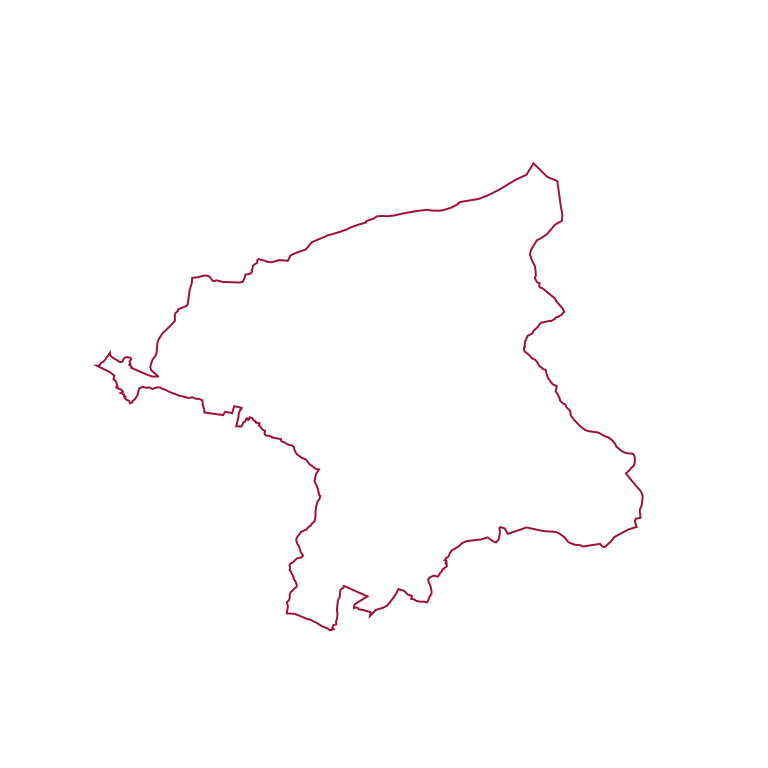 the district of Galatii Bistritei, Bistrita-Nasaud, Romania, rotated 195°
{"feature_id": "2599482B9009826126309", "entity_name": "Galatii Bistritei", "entity_type": "district", "adm_level": 2, "iso_a3": "ROU", "parent_name": "Romania", "parent_adm1": "Bistrita-Nasaud", "projection": "natural_earth1", "projection_center": [24.427, 46.984], "detail": "fine", "context": "isolated", "style": "outline", "palette": "rose", "viewbox_px": 768, "rotation_deg": 195, "n_neighbors": 0, "source": "geoboundaries", "source_scale": "gbopen_adm2", "svg_char_len": 6166}
<svg xmlns="http://www.w3.org/2000/svg" viewBox="0 0 768 768"><g transform="rotate(195 384 384)"><path d="M296.7,635.8L300.6,622.9L309.8,615.3L323.1,601.4L332.6,593.1L340.4,587.3L357.6,579.5L359.4,577.3L359.5,576.5L365.3,571.3L372.3,567.0L376.1,565.5L383.5,563.7L387.0,563.6L397.1,559.6L410.3,553.4L418.2,549.2L424.2,546.9L429.1,545.9L434.1,544.2L437.3,540.6L439.2,539.6L443.5,536.5L443.1,535.4L450.6,530.9L456.5,526.8L460.1,523.6L467.1,518.8L476.1,513.4L477.2,513.0L478.1,511.9L490.6,502.1L494.3,493.7L501.7,488.8L507.6,484.0L508.7,478.2L517.4,476.5L524.1,472.5L528.4,471.8L531.4,472.3L537.5,472.2L538.5,470.5L537.8,468.3L540.2,465.8L541.1,464.1L540.9,461.2L541.3,459.3L540.5,458.2L541.6,456.0L546.2,453.8L546.1,450.7L546.8,446.3L549.8,444.6L566.1,440.9L572.8,440.7L574.3,439.5L576.5,439.4L578.7,441.4L580.8,442.7L583.0,442.9L586.2,442.0L590.5,439.4L596.8,436.8L595.8,432.0L596.0,424.3L594.2,410.0L595.1,408.2L601.9,403.1L602.0,401.1L603.8,398.5L604.0,396.9L602.3,390.8L605.4,384.9L611.1,375.6L613.3,368.6L613.5,365.2L611.7,355.1L612.1,351.9L613.8,347.8L614.2,344.0L614.2,340.0L612.6,337.1L603.5,332.7L605.7,332.6L607.3,331.7L610.2,331.3L615.1,331.6L632.2,334.2L631.9,334.9L635.0,336.8L634.1,337.8L635.2,339.0L635.6,340.0L634.5,342.7L636.0,343.8L639.1,343.4L640.9,342.5L641.7,341.7L642.0,340.8L642.5,337.9L644.1,336.9L645.1,336.8L647.2,337.7L653.1,339.2L655.1,340.3L656.3,341.6L656.8,343.3L657.5,341.5L657.9,339.8L658.8,338.0L659.4,335.7L661.0,332.9L663.2,330.4L663.2,329.1L664.4,328.1L666.4,327.4L652.2,324.6L646.6,322.3L646.5,318.5L644.5,317.9L643.1,316.5L640.7,312.5L641.8,312.2L641.7,311.3L639.7,310.7L637.1,310.7L634.3,309.3L634.3,308.2L635.9,307.1L632.1,306.6L632.0,304.6L630.4,304.7L630.2,302.8L628.7,302.1L626.0,301.8L624.1,299.7L622.3,301.2L622.4,302.7L620.9,304.3L619.2,309.6L619.4,312.3L619.2,316.4L616.6,318.7L611.5,319.0L610.5,319.8L608.7,320.0L607.2,319.2L606.3,319.4L602.1,322.1L599.4,322.7L597.7,322.1L593.5,321.8L588.5,320.7L579.4,319.8L569.0,319.9L565.8,321.5L561.6,321.1L558.5,321.8L555.2,321.2L553.3,316.2L550.9,312.7L550.3,310.0L531.3,312.3L530.2,316.2L523.2,316.4L522.9,323.8L515.3,324.1L515.3,322.5L516.2,321.7L516.7,318.6L516.0,314.2L515.8,305.0L510.6,306.0L509.8,310.7L508.4,311.9L508.1,314.7L507.5,315.4L505.9,314.1L505.3,314.7L505.2,317.0L502.2,316.9L500.3,314.9L498.9,314.9L498.2,314.5L497.7,313.5L494.1,313.9L494.1,311.4L492.4,311.0L490.5,309.1L489.2,308.4L486.8,307.9L486.5,307.0L486.8,306.1L486.4,304.9L484.9,303.7L481.4,304.2L478.8,304.0L478.6,303.3L469.2,304.1L468.6,302.5L467.5,301.9L464.6,301.9L463.3,301.2L461.1,300.7L456.9,300.8L454.8,299.9L453.7,297.5L451.9,295.3L449.6,293.4L444.0,291.3L439.8,290.9L435.4,287.3L432.5,286.4L429.3,284.8L427.4,284.4L424.7,284.6L426.4,279.4L426.0,272.4L420.8,265.7L417.8,259.9L416.4,259.2L416.7,258.1L416.4,256.4L417.8,253.3L417.8,247.8L417.0,242.3L416.2,239.8L415.6,235.7L415.6,233.3L417.3,230.9L418.2,228.2L419.6,226.8L421.2,223.5L426.0,219.6L426.2,218.6L428.2,213.8L428.6,211.8L428.1,209.8L426.3,207.1L424.3,205.4L420.9,200.1L417.8,197.2L418.8,195.2L422.8,193.1L425.1,189.6L425.2,188.9L428.1,186.1L428.3,184.1L427.3,182.9L426.9,181.2L427.0,179.9L425.2,178.6L424.9,177.8L421.1,173.7L420.7,172.3L418.3,170.2L416.4,167.6L415.9,166.3L416.2,165.0L417.7,163.3L418.6,161.3L420.1,159.3L420.6,156.7L419.7,152.7L419.8,150.8L420.3,149.6L421.3,148.3L419.2,143.9L418.6,137.2L410.8,138.9L396.3,137.0L395.4,137.5L386.9,135.8L381.2,133.9L375.4,133.3L372.5,132.2L369.1,134.1L370.7,135.1L370.7,137.4L370.4,138.1L368.0,139.4L368.0,140.1L368.9,142.3L368.6,144.9L369.1,148.3L369.6,150.3L371.0,153.7L372.5,162.9L371.7,167.0L372.8,173.3L372.3,174.7L370.7,176.6L370.5,177.3L370.7,178.3L370.1,178.5L345.0,174.6L355.2,163.7L355.4,162.6L355.3,160.9L354.9,159.7L353.0,160.9L351.2,160.9L350.6,160.1L349.2,159.7L346.9,160.3L337.8,160.1L337.5,156.4L333.6,163.5L326.6,167.9L323.4,171.0L319.9,179.2L318.1,184.3L317.0,189.7L312.4,189.5L310.3,189.1L306.3,186.7L303.0,186.7L302.0,186.4L301.9,185.0L302.3,183.6L298.6,183.6L296.8,182.8L291.5,183.3L288.9,184.2L286.0,184.1L285.4,186.1L284.8,190.5L283.8,193.7L284.4,196.0L286.5,200.3L290.0,204.9L290.7,206.5L290.0,208.6L287.2,211.2L285.7,211.9L283.7,211.7L281.9,212.1L281.2,215.1L279.5,218.6L279.4,220.3L278.9,220.9L278.2,221.0L277.9,222.0L276.4,223.8L276.3,225.1L276.9,225.5L277.1,226.6L277.0,227.1L277.5,227.4L278.1,227.0L278.3,227.5L277.7,229.1L278.6,229.7L279.8,229.6L279.0,232.2L277.6,233.1L277.1,234.0L276.5,238.0L275.4,240.8L269.9,246.4L267.3,250.5L263.4,253.7L250.2,258.9L244.2,262.6L238.0,260.3L234.9,259.9L233.1,263.3L233.3,269.2L234.3,272.6L235.2,274.8L235.0,275.4L234.2,276.0L230.0,275.7L225.6,271.3L209.2,282.3L191.7,283.2L179.7,285.6L175.7,284.9L169.9,282.6L165.0,278.9L158.2,278.1L152.4,279.1L150.1,278.4L133.9,285.5L131.1,283.6L128.7,283.6L124.3,290.2L121.9,295.8L110.2,306.8L102.9,311.4L106.2,316.3L105.9,319.1L101.6,321.2L102.4,322.9L102.6,324.5L103.5,325.7L104.1,327.5L104.3,329.2L103.7,333.3L105.0,342.2L106.2,344.5L108.6,347.2L119.6,354.6L127.2,360.3L124.5,364.4L123.3,367.4L121.4,369.6L121.6,373.6L122.6,377.4L123.3,379.1L125.6,381.1L130.8,380.1L133.9,380.1L136.9,380.7L143.4,383.7L145.1,385.9L149.3,388.8L153.7,390.6L156.8,390.6L164.5,392.6L174.0,391.4L177.5,391.5L183.0,393.7L190.4,398.1L194.0,400.8L195.6,402.3L197.0,405.9L198.3,406.9L201.8,408.8L203.5,411.1L206.5,411.7L209.7,413.6L210.3,415.1L213.3,418.7L216.3,421.4L216.5,426.5L218.2,427.1L220.9,427.3L227.0,432.0L229.9,436.3L231.4,439.5L234.3,439.6L235.4,440.4L238.6,441.5L240.9,444.0L243.9,446.4L247.7,447.2L250.7,449.3L256.8,452.0L257.6,453.4L258.2,455.7L257.4,456.5L258.1,457.5L258.7,460.8L258.3,464.6L257.9,465.7L257.8,467.7L254.4,470.6L253.6,471.9L253.5,473.6L250.4,478.7L248.8,482.9L248.1,484.1L246.9,484.4L241.6,487.2L238.9,488.1L235.9,491.0L235.5,492.3L234.4,493.3L233.3,493.8L231.6,495.8L230.4,496.6L229.9,498.2L228.5,500.2L231.2,503.3L238.7,508.3L241.2,511.0L255.8,517.5L258.8,517.8L259.5,519.0L259.8,521.7L262.5,521.9L265.7,525.3L265.5,528.1L266.6,531.9L269.0,537.2L274.3,543.2L275.0,544.9L276.5,546.5L276.7,551.7L273.5,562.4L270.1,565.5L265.4,570.8L260.0,582.2L254.4,587.6L255.4,593.3L259.9,603.0L269.1,624.9L279.7,626.2L296.7,635.8Z" fill="none" stroke="#9f1239" stroke-width="2"/></g></svg>